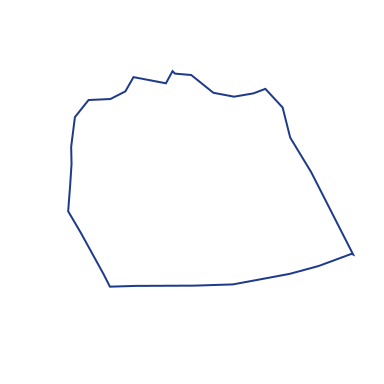 Stenungsund, Västra Götaland, Sweden (Natural Earth projection), rotated 243°
{"feature_id": "70781695B70291115197472", "entity_name": "Stenungsund", "entity_type": "district", "adm_level": 2, "iso_a3": "SWE", "parent_name": "Sweden", "parent_adm1": "Västra Götaland", "projection": "natural_earth1", "projection_center": [11.976, 58.067], "detail": "fine", "context": "isolated", "style": "outline", "palette": "blue", "viewbox_px": 384, "rotation_deg": 243, "n_neighbors": 0, "source": "geoboundaries", "source_scale": "gbopen_adm2", "svg_char_len": 549}
<svg xmlns="http://www.w3.org/2000/svg" viewBox="0 0 384 384"><g transform="rotate(243 192 192)"><path d="M308.5,229.5L300.7,218.1L320.9,192.0L311.9,178.3L311.9,161.5L320.9,141.6L311.9,121.7L287.2,104.9L271.5,97.3L253.5,86.6L239.9,78.3L231.0,72.9L206.3,74.4L159.2,75.9L144.9,75.9L133.9,99.2L107.4,151.8L91.1,186.5L74.7,242.0L68.6,271.2L64.5,306.0L63.1,307.2L112.4,307.2L155.6,307.2L195.9,304.2L226.1,311.1L250.6,304.2L252.0,291.5L257.8,272.8L270.7,256.1L296.6,244.4L305.2,230.6L308.5,229.5Z" fill="none" stroke="#1e3a8a" stroke-width="2"/></g></svg>